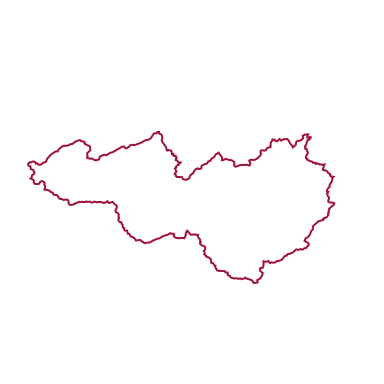 General Sanchez Cerro, Moquegua, Peru (Equal Earth projection), rotated 58°
{"feature_id": "86281439B84975100544654", "entity_name": "General Sanchez Cerro", "entity_type": "district", "adm_level": 2, "iso_a3": "PER", "parent_name": "Peru", "parent_adm1": "Moquegua", "projection": "equal_earth", "projection_center": [-70.895, -16.478], "detail": "fine", "context": "isolated", "style": "outline", "palette": "rose", "viewbox_px": 384, "rotation_deg": 58, "n_neighbors": 0, "source": "geoboundaries", "source_scale": "gbopen_adm2", "svg_char_len": 6015}
<svg xmlns="http://www.w3.org/2000/svg" viewBox="0 0 384 384"><g transform="rotate(58 192 192)"><path d="M88.3,260.0L87.5,264.0L87.8,266.4L87.8,268.2L86.9,270.0L87.1,271.4L86.2,274.3L84.8,276.3L84.7,279.2L85.2,282.5L86.5,284.5L85.6,285.4L85.3,286.4L85.5,291.8L87.0,297.0L89.0,300.0L88.4,302.6L88.7,305.6L88.4,306.5L87.4,307.8L85.5,308.1L85.4,309.3L84.1,309.2L82.6,309.7L81.8,310.8L81.8,312.4L80.7,314.0L81.2,315.8L82.0,316.6L83.7,316.4L84.8,315.5L87.0,316.5L89.3,315.0L92.0,315.2L93.0,316.5L93.0,318.7L94.6,320.2L95.1,321.1L95.1,321.7L97.7,320.0L98.7,320.2L100.1,321.2L101.9,321.0L103.9,318.0L103.9,317.0L102.9,315.2L103.1,313.6L104.7,312.4L106.2,312.1L107.7,313.5L108.9,313.3L110.1,314.0L111.8,315.9L113.8,313.3L114.6,313.1L115.2,312.1L117.2,311.8L118.6,310.5L119.9,310.8L121.3,310.5L122.7,308.7L124.0,307.8L125.8,308.2L128.2,307.5L128.6,306.4L130.8,305.1L131.1,303.7L132.7,301.6L134.2,301.5L136.5,302.8L137.6,302.7L138.5,302.0L139.1,301.1L140.0,298.0L139.6,297.2L140.3,295.3L140.4,293.2L141.8,291.4L142.1,290.3L142.9,289.3L143.6,288.7L144.1,286.5L145.2,285.7L146.0,283.7L147.6,283.0L148.3,281.2L148.4,279.9L150.4,278.1L150.7,277.0L152.9,273.7L154.2,273.1L155.1,271.1L154.9,269.7L155.1,268.5L157.0,268.5L157.9,266.8L158.1,264.8L158.4,264.5L161.3,264.1L163.5,263.1L165.4,264.0L166.6,266.2L167.3,266.8L168.5,267.2L171.3,265.9L172.3,266.1L174.4,267.6L175.3,267.5L175.6,268.3L176.6,269.3L178.6,269.5L179.3,268.6L180.5,268.0L181.3,268.5L183.2,268.3L185.3,269.5L186.7,268.6L187.4,269.2L189.0,269.4L190.4,267.5L193.3,268.6L194.1,267.5L196.1,267.3L197.2,267.7L198.6,266.2L201.8,265.1L203.4,265.3L205.3,261.2L207.9,260.6L208.5,259.9L209.8,259.6L210.6,258.9L211.2,256.8L212.5,254.5L212.5,250.8L213.3,246.1L214.1,244.0L214.1,239.6L215.4,235.1L215.4,232.3L216.0,232.1L217.6,229.9L218.5,229.5L219.7,230.9L222.0,230.2L223.7,228.5L226.4,223.6L227.1,223.2L225.4,220.2L223.9,219.4L223.2,217.9L222.4,217.4L222.3,216.5L227.7,215.6L229.5,212.0L230.7,211.0L231.4,209.7L231.8,210.3L234.7,210.8L236.4,210.3L237.6,211.0L238.4,210.8L238.7,211.3L239.3,211.3L239.4,212.3L240.4,212.6L242.5,212.1L243.5,211.0L244.9,210.2L246.2,210.1L247.6,211.2L248.3,213.2L250.1,213.3L251.4,214.7L253.3,213.7L254.0,214.2L255.0,213.8L256.1,212.7L258.8,211.5L262.2,213.2L263.6,211.8L266.2,211.8L266.9,211.2L267.6,212.0L271.8,212.3L272.4,211.4L273.0,211.2L276.5,206.1L278.0,206.2L279.3,204.4L281.5,205.7L283.4,204.3L284.5,204.5L285.9,203.8L287.6,202.1L289.1,199.5L290.3,198.7L290.8,196.8L292.2,196.2L292.6,195.1L293.0,191.9L294.7,191.4L295.6,190.3L298.8,187.9L302.0,187.8L303.2,185.1L303.3,184.1L301.3,183.4L301.5,180.0L299.7,176.4L298.2,174.9L295.2,176.0L292.8,174.7L292.7,174.3L293.5,173.1L293.7,172.0L291.7,169.9L288.7,168.1L289.7,167.2L290.8,165.3L291.0,163.8L293.7,163.5L293.7,162.1L295.3,160.2L295.8,158.5L295.6,156.3L296.2,155.6L297.1,151.9L295.6,147.5L295.6,146.4L296.1,145.4L295.4,143.7L296.3,141.7L296.4,139.8L296.8,138.3L295.9,134.7L296.5,133.1L297.1,132.9L297.6,131.9L298.0,129.9L299.1,129.3L299.5,128.5L299.3,126.4L300.0,124.8L299.2,123.0L299.1,121.6L298.6,120.9L296.8,120.5L293.2,122.5L291.5,120.2L291.7,117.4L290.6,114.5L288.4,111.8L287.6,109.2L285.5,107.9L285.0,107.1L283.8,99.8L284.3,99.0L285.2,95.7L285.1,95.0L284.1,94.8L284.8,91.1L283.3,88.0L282.3,88.1L281.5,86.6L280.1,86.0L279.7,84.8L278.8,84.5L277.9,78.4L277.1,77.4L276.3,77.4L273.7,80.9L272.8,81.6L272.0,81.4L269.5,78.7L267.2,79.0L265.7,78.3L264.8,78.4L264.2,76.3L262.8,77.2L261.2,75.4L260.4,72.3L259.0,71.7L257.0,67.6L254.6,65.5L254.1,64.0L252.7,65.7L251.3,66.2L250.5,65.5L249.6,65.4L248.4,66.4L246.2,66.5L244.6,67.2L243.5,68.6L242.2,69.3L239.1,65.3L239.0,66.0L238.5,65.9L238.2,66.9L237.2,67.6L236.1,69.4L235.2,69.6L234.4,70.5L233.8,72.0L232.9,71.6L232.4,72.6L231.7,73.0L231.2,74.0L230.2,73.9L229.2,74.5L228.5,75.6L227.5,75.9L226.7,76.7L225.3,77.2L224.9,76.7L223.5,77.4L222.2,76.6L221.3,74.5L219.8,72.7L218.3,72.8L216.9,72.0L215.2,73.1L214.6,72.9L214.1,71.9L213.1,72.0L212.3,70.1L209.4,66.6L209.7,64.2L208.5,62.3L207.9,62.6L207.7,64.6L207.1,65.4L206.3,65.1L204.6,63.0L203.2,65.7L203.0,68.3L205.3,69.2L205.8,71.1L205.8,72.4L204.5,76.2L204.9,77.2L207.1,79.1L207.6,82.8L206.1,82.5L203.9,83.0L199.0,82.8L197.6,83.1L195.8,86.5L195.6,89.2L193.5,89.6L194.1,93.0L192.2,94.6L191.7,94.2L191.1,94.5L190.1,96.0L191.2,97.2L191.9,99.1L195.6,101.7L194.8,103.4L194.6,105.0L194.7,105.6L195.6,106.6L195.5,108.3L193.5,110.9L193.4,111.6L194.2,112.7L195.8,113.1L196.9,113.9L197.7,116.2L198.1,119.4L198.0,121.6L197.3,123.1L195.7,125.0L195.6,126.6L196.0,127.1L197.0,126.9L199.3,127.8L199.9,129.5L198.1,130.9L195.5,135.4L194.6,137.2L193.8,141.3L193.0,142.1L191.6,142.1L190.5,141.0L189.0,140.3L186.2,141.5L185.5,142.1L185.2,142.9L181.8,145.8L181.5,148.7L180.9,149.8L179.4,148.6L178.3,148.2L172.7,148.6L172.9,149.6L172.7,152.0L173.9,154.3L174.2,158.3L175.3,159.9L174.7,162.0L175.9,164.0L175.2,166.0L174.8,169.6L175.1,170.4L176.7,171.2L177.0,171.8L176.2,174.0L174.9,174.7L174.7,176.6L175.1,178.6L176.8,181.3L176.6,182.4L177.0,184.7L179.0,187.4L178.5,190.6L176.6,192.7L174.0,192.7L171.3,196.8L169.9,197.3L168.9,196.6L167.6,197.3L167.0,196.4L166.4,194.3L162.9,194.0L162.8,192.4L161.9,191.8L161.5,189.9L162.0,188.9L160.9,187.5L161.2,186.1L161.0,185.9L159.7,188.0L157.6,187.8L156.1,188.9L155.6,188.5L155.1,187.1L154.3,186.6L153.7,187.1L152.5,186.7L152.1,188.0L151.0,188.5L149.8,187.7L149.2,188.9L146.1,187.7L144.1,189.4L143.8,191.0L143.3,191.2L139.7,190.2L135.0,190.6L132.2,190.4L130.4,188.4L128.0,187.5L126.0,187.9L125.5,188.7L124.7,188.9L123.6,188.2L122.8,189.4L123.3,191.4L122.2,193.2L124.6,198.6L124.5,201.5L123.5,203.7L123.1,210.7L122.6,211.7L122.2,214.3L121.5,216.4L120.3,217.7L119.6,219.6L120.3,221.2L120.1,224.9L119.7,225.3L117.4,225.5L116.5,227.6L116.2,238.4L115.4,240.8L115.6,244.7L113.7,246.9L113.2,250.9L113.6,252.1L115.2,253.6L114.5,255.2L114.6,256.2L113.1,257.8L110.3,259.3L110.0,260.6L107.3,262.9L106.2,261.5L104.4,261.0L103.5,260.2L102.8,256.5L102.3,255.8L99.2,254.4L94.3,257.4L93.6,257.4L93.1,256.6L91.9,257.1L89.9,259.2L89.0,259.1L88.3,260.0Z" fill="none" stroke="#9f1239" stroke-width="2"/></g></svg>